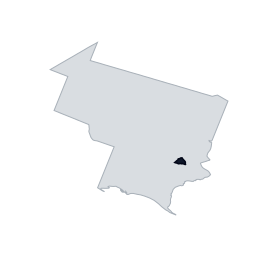 Guerrou, Assaba, Mauritania shown in context, rotated 292°
{"feature_id": "47542326B49231245131640", "entity_name": "Guerrou", "entity_type": "district", "adm_level": 2, "iso_a3": "MRT", "parent_name": "Mauritania", "parent_adm1": "Assaba", "projection": "equal_earth", "projection_center": [-12.078, 16.876], "detail": "fine", "context": "in_parent", "style": "filled", "palette": "ink", "viewbox_px": 256, "rotation_deg": 292, "n_neighbors": 0, "source": "geoboundaries", "source_scale": "gbopen_adm2", "svg_char_len": 4381}
<svg xmlns="http://www.w3.org/2000/svg" viewBox="0 0 256 256"><g transform="rotate(292 128 128)"><path d="M113.6,221.1L113.3,220.9L112.1,219.8L111.5,218.5L110.6,217.5L109.3,216.9L108.4,216.1L108.0,215.3L107.5,214.7L107.0,214.4L106.9,214.1L107.1,213.7L106.9,212.9L106.2,211.2L105.5,210.4L104.8,210.6L104.5,210.3L104.3,210.0L104.2,209.4L103.8,208.9L103.1,208.7L102.5,207.4L102.0,205.1L101.5,203.3L100.8,202.0L100.3,201.5L99.9,201.4L99.8,201.2L99.7,200.8L99.1,200.7L98.3,201.1L97.6,200.9L97.3,200.3L96.8,200.2L96.2,200.8L95.6,200.6L94.8,199.8L94.4,198.9L94.4,198.1L93.1,196.5L90.7,194.0L88.1,192.9L85.2,193.0L83.6,192.9L83.2,192.5L82.9,192.6L82.5,193.0L82.1,193.1L81.7,192.9L81.5,193.0L81.4,193.7L80.4,194.0L78.5,194.0L76.9,194.4L75.7,195.1L74.1,195.5L71.9,195.4L70.6,195.1L70.1,194.6L69.5,194.5L68.7,194.8L68.0,196.0L67.3,198.2L66.8,199.4L66.4,199.8L65.9,201.4L65.7,204.1L65.3,205.3L65.3,198.5L66.0,195.9L66.2,193.7L67.6,188.8L69.2,184.7L70.7,179.3L71.2,174.2L71.1,169.1L70.7,164.6L70.0,161.6L69.3,157.3L68.3,155.0L66.4,153.0L66.0,151.8L66.4,151.4L67.6,151.1L68.4,149.6L66.8,150.2L68.6,145.4L69.2,142.2L69.2,140.1L69.5,138.8L68.2,136.0L67.1,132.4L66.6,131.8L66.0,131.5L65.9,132.4L65.6,133.1L65.0,132.7L63.8,130.1L62.2,125.9L61.6,125.5L61.1,126.0L60.8,126.6L60.2,130.1L60.1,128.7L60.3,127.1L60.7,125.0L61.2,122.2L62.7,122.2L65.2,122.2L70.4,122.2L72.9,122.2L78.1,122.2L80.6,122.2L85.7,122.2L88.3,122.2L93.4,122.2L96.0,122.2L101.1,122.2L103.7,122.2L105.4,122.2L105.3,120.2L105.2,118.6L105.1,116.5L105.0,114.4L104.9,112.2L104.8,110.3L104.7,108.3L104.6,106.5L104.5,104.8L104.4,103.8L103.9,101.9L103.8,100.9L103.9,99.9L104.3,99.0L105.3,97.3L106.8,95.9L108.5,94.4L109.8,93.2L110.5,92.9L112.6,92.5L114.2,91.6L115.8,90.8L116.5,90.3L116.5,88.7L116.5,52.9L124.3,52.9L126.4,52.9L140.7,52.9L142.8,52.9L153.2,52.9L153.2,51.2L153.2,48.8L153.1,45.5L153.1,42.2L153.0,36.4L153.0,34.0L155.1,35.6L159.2,38.8L161.3,40.4L165.5,43.7L169.6,46.9L173.8,50.2L175.9,51.8L178.0,53.4L180.1,55.1L182.2,56.7L186.4,59.9L188.2,61.3L190.9,63.5L193.4,65.6L195.9,67.6L192.1,67.6L186.9,67.6L183.4,67.6L179.8,67.6L176.4,67.7L176.7,71.0L177.1,74.7L177.5,78.4L177.8,82.1L178.2,85.8L179.3,96.9L179.7,100.6L180.1,104.3L180.4,108.0L180.8,111.7L181.6,119.2L181.9,122.9L182.3,126.6L182.7,130.4L183.0,134.1L183.4,137.8L184.1,145.3L184.5,149.1L184.9,152.8L185.3,156.6L185.6,160.4L186.0,164.1L186.4,167.9L186.7,171.6L187.5,179.2L187.8,183.0L188.2,186.8L188.6,190.5L188.9,194.2L190.3,196.1L192.0,198.6L191.6,202.0L191.0,206.1L190.4,210.6L185.7,210.6L181.1,210.6L169.5,210.6L167.2,210.6L155.6,210.6L153.3,210.6L148.8,210.6L147.5,210.5L147.0,210.1L146.8,207.8L146.4,207.9L146.0,208.6L145.7,209.4L145.8,210.3L145.7,211.1L144.3,211.5L142.3,212.0L140.1,212.4L138.0,212.3L137.3,212.1L136.5,211.8L134.8,211.4L133.9,211.4L132.8,211.5L131.6,211.7L131.2,212.1L130.2,213.8L129.3,215.8L128.7,215.8L128.0,214.7L126.2,212.7L124.0,209.9L122.9,208.6L122.4,208.4L121.3,209.4L120.4,210.3L119.5,211.6L119.0,212.9L118.7,214.4L118.5,216.2L118.2,218.2L117.4,219.9L116.5,221.1L115.8,221.7L115.6,222.0L113.6,221.1ZM67.6,146.6L66.9,148.1L66.6,147.5L66.4,146.6L67.1,145.2L67.4,144.5L68.0,144.2L67.6,146.6Z" fill="#d9dde1" stroke="#a8b0b8" stroke-width="1"/><path d="M116.3,194.6L116.5,194.5L116.7,194.4L117.0,194.3L117.1,194.2L117.4,194.1L117.6,194.0L117.8,194.0L117.9,193.9L118.0,193.8L118.1,193.6L118.3,193.5L118.4,193.4L119.8,190.4L120.1,190.0L120.4,189.6L120.6,189.2L120.2,188.6L119.9,188.3L119.9,188.0L119.8,187.8L119.7,187.8L119.2,187.7L118.9,187.4L118.4,186.6L118.3,186.3L118.1,186.2L118.0,186.3L117.9,186.2L117.7,186.4L116.3,185.7L115.5,185.2L114.4,184.8L114.3,184.7L114.0,184.6L113.8,184.5L113.7,184.3L113.5,184.2L113.5,184.9L113.6,185.0L113.6,185.9L113.7,186.0L113.8,186.0L113.8,186.3L113.9,186.5L113.8,186.8L113.8,187.0L113.7,187.2L113.7,187.3L113.8,187.5L113.7,188.0L113.8,188.5L114.0,188.6L114.2,188.9L114.5,189.1L114.5,189.4L114.4,189.5L114.6,189.8L114.8,190.1L114.8,190.3L114.9,190.5L114.8,190.9L114.9,191.1L115.0,191.2L115.0,191.4L115.1,191.6L115.3,191.4L115.5,191.3L115.4,191.4L115.4,191.5L115.4,191.8L115.5,191.8L115.6,191.7L115.7,191.9L115.7,192.0L115.6,192.3L115.5,192.5L115.6,192.8L115.5,193.0L115.5,193.3L115.5,193.8L115.5,194.1L115.6,194.4L115.6,194.5L115.6,194.8L115.8,194.9L115.9,194.7L115.7,194.4L115.8,194.3L115.9,194.1L116.1,194.1L116.3,194.4L116.2,194.5L116.3,194.6Z" fill="#0f172a" stroke="#020617" stroke-width="1.5"/></g></svg>